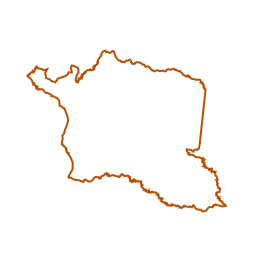 outline of Bagamoyo, Pwani, United Republic of Tanzania, rotated 186°
{"feature_id": "72390352B29680200356010", "entity_name": "Bagamoyo", "entity_type": "district", "adm_level": 2, "iso_a3": "TZA", "parent_name": "United Republic of Tanzania", "parent_adm1": "Pwani", "projection": "mercator", "projection_center": [38.556, -6.309], "detail": "fine", "context": "isolated", "style": "outline", "palette": "amber", "viewbox_px": 256, "rotation_deg": 186, "n_neighbors": 0, "source": "geoboundaries", "source_scale": "gbopen_adm2", "svg_char_len": 5723}
<svg xmlns="http://www.w3.org/2000/svg" viewBox="0 0 256 256"><g transform="rotate(186 128 128)"><path d="M233.4,168.8L231.0,167.7L228.7,165.5L227.5,163.6L227.7,163.2L227.3,162.2L227.0,162.7L226.0,162.8L225.5,161.7L225.8,161.4L225.7,161.1L225.4,161.4L224.6,160.5L222.3,159.9L222.3,159.6L223.0,159.7L222.7,158.8L223.6,158.6L223.3,157.5L222.5,157.6L221.0,156.7L220.6,157.4L217.0,157.5L213.6,154.4L210.8,154.3L207.5,152.8L207.1,152.3L207.3,151.5L205.8,151.8L201.4,150.1L199.8,148.8L199.1,147.3L198.3,142.8L196.5,142.6L194.2,140.9L193.3,140.9L189.2,132.7L188.4,129.1L189.1,124.1L190.9,118.0L190.5,117.1L192.5,113.3L191.9,111.4L192.3,105.9L191.9,104.8L191.1,104.8L190.9,103.7L188.5,102.6L187.3,99.8L187.0,100.4L185.8,96.8L184.8,96.9L184.6,97.9L184.5,95.8L182.0,92.7L179.4,87.9L178.8,81.3L182.1,73.3L181.6,72.3L180.8,73.0L175.8,70.9L171.2,70.9L167.0,69.6L166.3,70.0L166.6,71.0L165.5,72.2L164.6,72.1L161.5,70.6L160.0,70.8L157.5,72.5L157.1,74.4L155.7,75.3L155.4,75.9L151.7,76.0L151.3,75.9L151.5,74.8L151.1,74.7L151.1,75.3L149.8,75.4L149.8,76.4L149.2,76.8L149.1,77.5L147.1,78.2L146.7,79.1L146.1,79.4L146.1,80.0L145.1,80.1L144.3,80.9L142.7,80.1L143.3,79.8L143.1,79.4L144.1,79.4L143.7,78.5L142.3,78.7L141.5,77.9L139.2,79.3L137.3,79.6L136.0,79.0L133.2,78.9L132.6,78.3L131.7,78.3L130.9,78.9L130.9,79.7L129.7,80.3L129.7,81.2L128.8,81.5L126.2,79.7L123.4,80.7L122.2,80.2L122.3,79.3L120.9,79.3L121.1,77.8L121.0,77.5L120.6,77.9L120.5,76.1L120.0,76.5L119.5,76.2L119.8,75.6L119.0,74.9L118.9,75.5L117.9,75.0L117.9,75.5L117.4,75.6L118.0,76.5L117.1,77.3L117.1,76.4L116.0,76.3L115.2,75.4L114.5,76.0L114.6,76.6L113.0,75.7L112.0,76.3L111.1,75.7L109.2,76.3L109.4,74.0L107.5,72.7L108.0,71.6L108.5,71.6L108.4,70.9L106.4,69.5L105.8,68.3L105.5,68.4L105.6,67.9L104.3,67.8L104.3,68.7L103.9,68.8L103.2,67.5L102.5,67.3L103.1,66.8L101.7,66.2L100.8,68.1L100.3,66.4L99.7,66.5L99.2,65.8L98.5,66.1L98.7,66.8L97.1,67.2L96.6,66.7L95.9,66.6L93.8,66.9L92.8,66.0L92.8,65.3L91.7,65.9L90.7,64.7L91.4,64.4L90.5,62.9L89.5,62.4L89.7,61.4L89.0,61.7L87.7,60.7L87.1,61.7L86.4,61.4L88.0,60.0L88.0,59.7L87.1,59.8L87.4,59.1L86.6,58.2L85.0,57.9L84.5,57.4L83.4,58.0L82.4,57.0L82.1,57.5L81.6,57.4L82.4,56.3L81.2,56.0L80.9,55.2L79.8,55.7L79.1,55.1L78.1,55.5L77.3,55.0L76.3,55.6L76.6,56.3L76.3,56.8L75.2,56.0L73.2,56.1L71.8,55.1L70.7,56.1L69.3,55.6L68.6,54.3L67.7,55.0L66.4,54.0L65.1,55.1L64.7,56.2L63.9,56.5L63.5,55.9L62.8,56.2L59.2,55.8L58.4,56.5L56.2,55.8L55.0,58.1L54.0,57.5L53.1,55.7L50.4,54.2L47.0,54.3L46.4,54.2L45.9,53.2L44.5,52.9L44.1,53.3L43.0,53.2L41.6,54.1L40.2,56.6L38.7,57.9L35.7,58.1L35.3,59.4L34.8,59.4L34.6,60.2L33.6,60.3L33.3,61.1L25.9,59.8L22.6,60.8L23.3,61.9L25.6,62.5L25.6,63.3L26.2,64.1L27.6,64.5L27.5,65.1L29.5,65.7L29.9,66.4L29.3,67.2L31.1,67.7L30.5,68.4L31.4,68.2L31.4,69.1L31.8,69.6L33.2,70.3L32.9,71.0L33.5,71.9L32.8,72.4L33.1,73.1L30.1,74.1L30.3,75.6L29.8,77.0L31.1,78.0L31.9,77.7L32.4,79.3L33.5,81.1L32.9,82.0L33.6,82.5L33.9,84.1L33.5,85.3L34.7,85.7L33.7,86.2L34.8,89.0L36.1,90.0L36.0,90.6L36.9,92.6L36.4,93.6L38.2,93.6L38.2,93.2L38.6,93.2L39.5,93.6L40.2,93.0L40.4,93.9L41.1,94.2L40.5,95.3L40.1,95.3L40.4,96.4L42.0,95.9L42.5,94.8L42.9,94.7L43.6,96.1L47.5,96.8L47.7,97.2L47.0,97.9L48.9,98.0L47.8,99.2L47.8,99.7L49.1,100.2L48.4,101.5L48.8,101.7L48.3,102.0L50.4,101.8L50.3,103.1L50.7,103.5L48.7,104.1L48.5,104.6L50.6,104.6L50.3,105.8L51.1,105.5L54.4,106.3L57.0,106.0L60.6,107.9L62.4,108.1L63.9,107.6L64.4,108.5L65.0,108.4L64.5,109.4L65.6,109.5L67.2,111.4L67.4,112.9L62.7,112.7L60.7,111.3L59.6,113.4L57.3,113.9L56.6,113.6L55.6,114.5L55.0,118.1L54.9,174.6L56.1,174.8L56.0,175.6L57.1,176.1L56.6,177.2L57.8,178.4L57.4,179.3L60.3,180.6L59.3,181.1L60.3,181.6L61.1,183.4L62.1,183.6L64.4,183.1L69.5,183.6L72.5,185.1L73.8,185.3L73.9,185.8L72.7,186.1L73.2,186.5L74.2,186.5L75.2,185.4L75.9,185.4L76.6,186.0L78.9,186.8L80.1,188.5L81.0,188.8L82.2,190.1L83.7,189.6L86.2,190.9L87.3,190.5L87.5,191.2L88.9,191.7L91.5,190.5L92.9,190.4L94.0,190.9L95.9,189.6L96.3,188.6L97.0,188.2L98.0,188.2L99.2,188.9L101.1,188.1L103.1,188.0L105.2,188.6L107.6,187.1L109.4,188.0L109.9,187.7L114.2,191.5L116.7,190.6L118.9,192.8L120.0,192.6L122.2,194.0L123.7,194.4L126.4,194.3L127.7,193.6L127.7,192.9L129.3,192.1L130.7,192.5L130.7,193.1L131.7,193.5L132.3,195.5L133.4,196.1L135.4,194.9L136.8,194.9L138.2,193.0L140.3,193.3L141.1,192.9L143.0,194.3L143.5,194.1L145.0,194.5L146.1,195.8L148.2,198.1L148.2,199.1L149.7,201.5L149.7,202.4L150.3,202.8L150.8,203.1L152.5,202.1L153.5,200.8L154.2,200.7L155.7,201.5L157.7,201.2L158.5,202.6L160.3,201.9L162.0,199.8L162.3,198.5L162.0,197.6L165.0,192.4L164.8,191.5L165.3,191.1L164.7,190.5L165.2,189.6L164.7,189.3L165.7,187.5L167.2,186.9L167.2,185.7L168.7,185.8L168.8,184.7L168.1,184.4L168.4,183.7L168.0,183.8L167.6,183.0L169.0,182.6L169.0,182.0L169.7,181.7L170.3,181.6L171.7,182.5L172.0,182.3L172.0,181.6L175.0,181.1L175.8,179.2L176.6,179.1L176.4,178.6L176.8,177.7L177.8,176.7L178.0,177.2L178.2,176.8L178.9,176.8L178.8,176.2L179.2,176.1L179.0,174.9L179.5,174.8L178.9,174.3L179.5,173.8L179.0,173.7L179.5,173.1L179.2,172.4L181.2,172.3L180.9,171.9L181.6,171.7L181.3,171.3L181.6,170.8L182.3,170.9L182.3,169.3L182.8,169.8L183.2,169.5L182.7,168.6L182.9,168.2L184.3,168.6L185.1,170.3L184.3,176.1L182.9,178.0L183.8,182.0L185.2,183.1L189.9,184.4L190.6,184.2L191.1,180.9L190.2,179.5L189.7,177.4L192.9,177.2L193.9,174.4L194.7,174.2L195.7,173.1L203.2,169.6L203.8,167.4L204.8,166.9L205.1,166.0L209.4,166.8L210.8,168.2L214.7,169.1L216.1,174.0L214.5,178.1L218.0,176.5L219.2,177.5L223.5,177.9L225.2,179.7L226.4,178.3L226.6,177.5L226.0,177.2L226.6,176.7L226.9,174.7L227.4,174.3L228.2,174.7L227.7,173.5L228.5,173.4L228.9,174.2L229.4,173.1L230.8,172.8L231.4,171.0L232.2,171.1L232.8,170.7L232.6,169.8L233.3,169.5L233.4,168.8Z" fill="none" stroke="#b45309" stroke-width="2"/></g></svg>